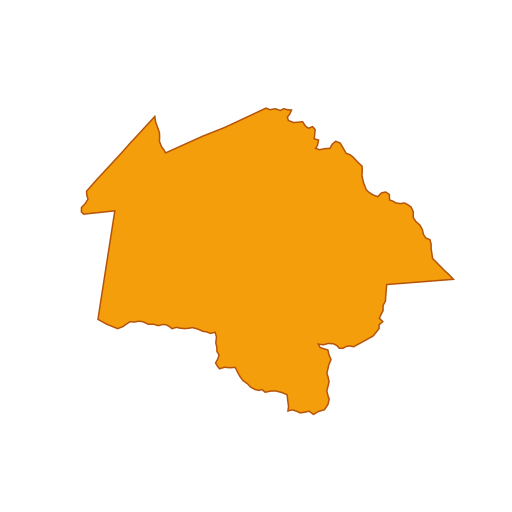 outline of São Sebastião do Passé, Bahia, Brazil, rotated 34°
{"feature_id": "56859067B57148089527577", "entity_name": "São Sebastião do Passé", "entity_type": "district", "adm_level": 2, "iso_a3": "BRA", "parent_name": "Brazil", "parent_adm1": "Bahia", "projection": "robinson", "projection_center": [-38.471, -12.522], "detail": "fine", "context": "isolated", "style": "filled", "palette": "amber", "viewbox_px": 512, "rotation_deg": 34, "n_neighbors": 0, "source": "geoboundaries", "source_scale": "gbopen_adm2", "svg_char_len": 2508}
<svg xmlns="http://www.w3.org/2000/svg" viewBox="0 0 512 512"><g transform="rotate(34 256 256)"><path d="M87.1,244.2L81.2,282.3L79.3,297.1L81.9,300.4L84.9,302.7L85.1,308.1L84.2,313.4L86.5,317.0L89.7,317.7L113.7,297.5L152.8,380.8L160.4,396.9L170.6,396.0L181.9,393.6L185.1,389.0L186.4,385.4L188.4,380.8L192.3,378.6L195.4,375.5L199.1,373.7L205.0,372.8L209.1,369.9L214.0,368.3L216.8,365.1L219.8,363.3L223.0,362.9L227.1,363.2L229.8,359.7L233.6,358.2L237.6,356.0L240.8,353.4L243.2,351.0L248.1,349.2L253.9,348.2L257.6,346.5L261.5,345.6L264.8,342.1L268.5,345.2L271.3,350.6L274.6,353.6L277.0,357.0L280.8,358.8L281.9,362.9L282.3,367.3L285.6,368.9L288.9,369.9L292.0,365.9L296.6,363.4L301.1,360.0L306.7,363.2L310.8,365.2L315.0,366.6L320.3,366.7L324.8,367.7L329.5,367.3L333.3,366.0L335.7,363.4L339.8,363.8L343.8,359.7L347.9,356.8L354.2,354.6L359.4,353.6L363.4,358.4L367.1,362.5L369.1,366.6L372.2,363.2L376.5,362.0L380.3,361.4L383.6,358.4L386.8,355.0L392.3,355.2L394.5,350.3L398.7,345.2L398.7,338.9L396.7,333.7L393.7,331.5L389.9,327.9L388.6,323.9L386.9,319.4L383.3,315.9L380.5,313.8L379.1,310.4L377.2,305.4L376.1,299.9L372.0,297.3L368.1,293.7L364.0,295.0L360.2,296.0L356.9,294.2L361.4,292.0L364.8,288.1L369.2,285.5L373.0,285.0L376.5,285.9L379.6,284.0L381.4,280.6L383.8,278.3L387.7,276.6L397.8,256.9L398.3,251.5L398.6,247.2L396.5,244.2L397.8,239.5L393.0,238.6L392.4,234.8L391.9,230.3L389.1,226.1L388.4,220.7L386.3,217.3L383.6,212.4L380.3,206.6L432.7,164.9L426.2,163.5L420.0,162.6L403.8,159.3L400.5,155.7L397.0,151.9L394.6,148.3L391.1,145.2L386.5,146.1L382.8,144.5L379.3,141.2L374.8,138.8L369.2,138.0L364.9,136.2L361.6,131.3L356.9,128.6L353.0,128.6L349.5,129.0L346.1,132.0L342.1,133.8L338.8,134.0L335.3,134.8L332.2,130.5L327.8,130.4L324.8,133.4L323.7,138.8L318.9,139.9L313.7,140.0L310.2,139.4L307.5,137.4L304.3,135.2L301.3,132.4L298.8,130.0L296.6,126.2L293.7,122.2L288.9,121.5L284.4,120.5L280.9,119.7L277.3,119.5L273.4,120.5L268.5,118.1L262.7,115.3L257.9,116.3L256.7,120.7L257.1,125.5L253.0,128.5L249.2,132.4L245.2,133.4L245.1,129.8L243.0,124.9L238.7,126.3L237.1,123.1L234.3,118.1L230.6,117.1L228.1,120.7L224.5,120.7L219.5,118.6L216.4,121.3L212.4,124.4L207.0,125.5L204.3,123.3L204.6,119.5L203.8,115.1L200.4,117.1L196.5,118.5L194.8,121.8L189.7,123.1L185.8,126.9L181.6,127.8L159.1,165.4L156.9,168.8L144.9,186.3L123.4,221.1L120.4,219.5L116.5,218.2L111.9,215.0L109.5,211.2L107.2,208.0L104.2,205.6L100.9,203.3L97.8,201.0L94.1,196.9L89.5,227.1L88.8,230.9L87.1,244.2Z" fill="#f59e0b" stroke="#b45309" stroke-width="1.5"/></g></svg>